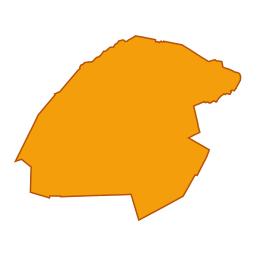 Nava, Coahuila, Mexico (orthographic projection)
{"feature_id": "50627088B13414539887729", "entity_name": "Nava", "entity_type": "district", "adm_level": 2, "iso_a3": "MEX", "parent_name": "Mexico", "parent_adm1": "Coahuila", "projection": "orthographic", "projection_center": [-100.575, 28.492], "detail": "fine", "context": "isolated", "style": "filled", "palette": "amber", "viewbox_px": 256, "rotation_deg": 0, "n_neighbors": 0, "source": "geoboundaries", "source_scale": "gbopen_adm2", "svg_char_len": 3407}
<svg xmlns="http://www.w3.org/2000/svg" viewBox="0 0 256 256"><path d="M15.4,161.3L17.7,160.5L17.9,160.5L21.6,159.3L30.8,166.8L31.2,167.0L31.1,169.1L31.0,171.0L30.4,192.2L32.7,192.9L35.0,193.6L35.9,193.9L40.7,195.3L41.2,195.4L45.9,196.8L49.5,197.9L49.7,196.0L49.8,196.0L53.6,196.0L60.4,196.1L60.5,196.7L62.0,196.7L70.1,196.4L75.3,196.2L82.9,196.0L84.1,195.9L84.6,195.9L85.2,195.9L85.7,195.9L86.2,195.8L86.9,195.8L87.4,195.8L87.8,195.8L88.5,195.8L89.1,195.7L92.4,195.6L94.6,195.6L95.1,195.5L95.7,195.5L96.0,195.5L96.9,195.5L97.4,195.5L97.9,195.5L98.1,195.4L98.4,195.4L98.7,195.4L99.6,195.4L100.4,195.4L101.1,195.3L101.9,195.3L102.4,195.3L102.6,195.3L103.3,195.3L103.5,195.3L104.4,195.3L105.7,195.2L107.0,195.2L107.5,195.2L108.8,195.1L109.0,195.1L120.3,194.8L131.1,194.4L138.8,220.1L158.6,209.5L162.6,207.4L183.2,196.1L184.2,194.3L188.5,186.7L195.1,174.9L197.1,175.5L199.1,171.6L203.1,163.8L206.6,157.1L209.3,149.9L188.5,137.9L194.4,134.9L198.2,133.1L199.8,132.3L198.1,125.9L197.7,123.3L193.7,106.0L204.4,101.6L204.9,102.4L205.5,102.6L207.4,102.0L208.6,102.4L209.1,103.0L210.7,102.9L212.1,101.8L214.1,100.8L215.6,101.9L216.4,101.9L217.1,101.2L217.2,100.4L218.9,98.2L220.9,96.1L223.3,94.4L223.7,93.9L224.2,93.9L225.3,94.6L226.5,93.6L228.2,93.6L228.7,94.2L230.0,94.2L231.1,92.4L231.1,91.4L230.8,90.8L231.9,90.3L233.9,90.7L234.3,90.7L234.6,90.3L234.9,89.7L235.4,89.1L235.8,88.7L236.1,88.4L236.3,88.0L236.4,87.4L236.5,87.2L236.6,86.9L237.3,85.9L238.1,84.4L239.0,82.7L239.7,81.4L240.3,80.2L240.4,79.7L240.5,78.6L240.5,77.9L240.5,77.2L240.6,76.4L240.6,76.1L240.5,75.9L240.0,75.1L239.9,74.9L239.8,74.3L239.8,74.0L239.7,73.9L238.8,73.2L237.5,72.6L236.8,72.4L236.2,72.3L234.5,72.0L234.3,71.9L233.7,71.4L232.7,70.9L230.4,69.8L228.9,69.2L226.9,68.6L225.7,68.2L224.6,67.9L223.8,67.6L223.2,67.2L222.8,66.8L222.7,66.4L222.6,65.5L222.5,64.8L222.3,64.0L222.2,63.7L222.1,62.3L222.0,62.0L221.9,61.8L221.7,61.6L221.4,61.5L218.4,61.0L216.9,61.0L216.7,61.0L216.6,60.9L215.8,60.4L215.7,60.3L215.3,60.3L215.1,60.2L214.9,59.9L214.8,59.7L208.6,61.6L205.8,59.8L202.3,57.7L196.6,54.1L194.4,52.6L188.9,49.1L187.7,48.3L187.1,48.0L186.7,47.7L185.8,47.2L184.0,46.1L182.0,44.8L179.6,44.4L175.9,43.6L175.6,43.6L175.0,43.5L174.1,43.3L173.6,43.2L172.0,42.9L168.5,42.2L168.3,42.2L168.0,42.1L167.4,42.0L167.2,41.9L166.8,41.9L166.6,41.8L166.3,41.8L165.7,41.7L165.1,41.5L164.9,41.5L164.5,41.4L163.9,41.3L164.0,41.9L163.6,41.9L163.2,41.8L162.9,41.9L162.2,41.8L161.3,41.7L161.2,41.7L161.0,41.2L160.4,41.6L160.1,41.9L159.9,42.0L159.3,42.5L159.2,42.2L158.8,42.1L158.5,41.9L158.0,41.8L158.0,42.0L157.6,41.9L155.9,41.7L155.7,41.7L155.7,40.9L155.5,40.0L155.5,39.7L148.5,38.3L148.2,38.3L142.6,37.1L135.2,35.9L134.7,36.5L133.0,37.5L131.2,38.6L128.8,39.8L127.2,41.2L125.1,41.5L123.7,40.1L122.8,40.0L121.8,40.2L119.0,40.9L117.0,43.2L114.8,44.7L114.4,45.4L114.4,45.5L113.8,47.0L110.8,47.2L109.6,47.6L109.1,48.1L105.8,51.1L104.9,51.3L103.6,51.2L101.6,54.3L100.5,55.3L99.0,56.7L96.5,57.5L94.9,59.1L92.4,61.7L86.9,62.2L85.1,62.6L84.9,62.6L83.5,63.4L83.2,64.1L82.9,64.6L82.7,64.7L82.4,64.7L81.8,64.8L81.1,65.0L80.9,65.2L80.8,65.3L80.3,66.2L80.3,66.3L80.1,66.5L79.8,67.3L79.9,68.8L78.4,69.8L67.3,82.9L59.9,91.7L59.6,91.8L58.1,92.4L54.5,94.0L55.0,95.0L49.6,101.4L44.2,107.8L40.1,112.7L38.6,114.4L38.3,114.7L38.2,114.9L36.1,119.4L34.3,123.2L31.6,128.7L29.5,132.8L28.6,134.5L28.3,135.2L22.2,147.6L15.4,161.3Z" fill="#f59e0b" stroke="#b45309" stroke-width="1.5"/></svg>